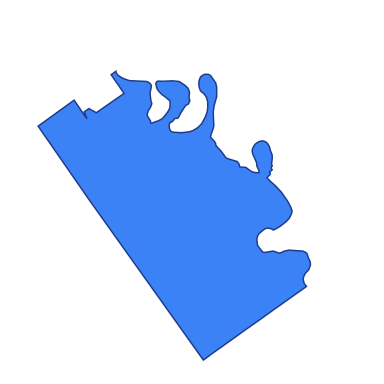 Chicot, Arkansas, United States of America (Albers equal-area conic projection), rotated 324°
{"feature_id": "52423323B43837481936937", "entity_name": "Chicot", "entity_type": "district", "adm_level": 2, "iso_a3": "USA", "parent_name": "United States of America", "parent_adm1": "Arkansas", "projection": "albers", "projection_center": [-91.16, 33.284], "detail": "fine", "context": "isolated", "style": "filled", "palette": "blue", "viewbox_px": 384, "rotation_deg": 324, "n_neighbors": 0, "source": "geoboundaries", "source_scale": "gbopen_adm2", "svg_char_len": 2916}
<svg xmlns="http://www.w3.org/2000/svg" viewBox="0 0 384 384"><g transform="rotate(324 192 192)"><path d="M186.5,335.2L229.1,335.7L229.0,332.0L230.7,327.7L233.3,325.7L236.1,324.3L239.3,323.9L241.4,323.1L245.0,320.6L246.5,318.2L247.4,313.9L248.7,309.8L248.8,309.1L248.4,307.5L246.9,304.9L236.1,295.9L231.4,293.9L229.1,293.6L226.7,292.7L225.9,292.0L225.4,290.8L222.7,287.3L216.2,284.2L214.4,282.9L214.0,282.3L213.9,281.5L213.6,275.6L213.7,273.6L216.5,268.7L217.4,267.6L219.3,266.1L221.5,265.1L227.6,264.6L231.0,265.0L231.6,265.3L234.7,268.5L235.2,270.2L235.8,270.7L238.9,271.2L243.9,271.6L251.4,271.2L255.6,270.3L260.4,267.6L261.8,266.1L262.8,263.3L263.1,261.5L263.7,257.8L264.0,254.8L264.2,245.0L263.1,235.9L261.8,229.9L261.0,224.5L263.5,224.0L264.8,224.0L266.2,223.2L266.4,222.9L266.4,221.5L267.0,221.0L268.6,221.4L270.0,221.1L269.9,219.7L270.9,218.2L272.2,218.2L272.9,216.0L277.1,211.5L278.7,208.9L279.9,204.3L281.0,201.6L281.5,199.3L281.6,196.8L281.0,194.6L279.7,192.6L277.9,191.3L275.1,190.5L271.6,190.4L269.2,191.1L266.7,192.4L265.5,193.4L264.4,194.8L263.4,197.3L261.6,205.7L261.1,207.0L259.7,209.2L258.8,213.8L257.8,215.6L257.4,215.6L254.8,213.7L252.9,211.6L251.3,208.0L250.1,204.0L249.6,203.3L245.4,200.0L246.5,196.8L246.5,194.0L240.2,185.6L239.6,184.1L239.6,176.5L238.7,169.2L238.8,168.2L239.5,166.9L239.9,165.1L239.3,158.7L239.5,158.1L240.2,157.4L246.6,153.0L248.7,151.1L254.5,142.2L256.8,139.1L261.3,134.6L268.0,129.4L273.6,121.6L275.3,117.7L275.5,109.2L275.4,108.7L274.6,106.7L272.5,104.9L271.3,104.2L268.3,103.8L266.9,103.9L265.2,104.7L263.2,106.0L261.0,108.7L259.8,110.6L258.8,113.2L258.4,115.2L258.5,116.2L259.4,119.3L259.4,123.5L257.7,128.3L254.3,133.0L251.5,136.0L247.3,138.9L239.9,142.5L234.3,143.3L229.0,142.9L226.6,142.2L224.4,141.3L218.3,137.8L212.5,133.1L211.1,131.5L210.7,130.6L210.6,129.3L210.8,128.0L212.3,125.2L213.4,123.8L214.8,123.1L218.0,123.4L221.2,122.4L223.4,123.7L224.7,123.8L230.2,121.1L237.0,118.5L238.2,118.3L240.6,118.7L243.7,117.1L244.3,116.1L244.3,115.4L245.1,113.9L248.4,110.1L249.5,107.3L249.7,104.9L249.0,101.6L246.6,95.1L241.7,90.7L232.8,84.8L231.6,83.8L230.0,82.5L228.5,82.0L226.5,82.9L225.1,85.9L224.3,88.3L224.4,92.0L225.0,95.7L226.6,100.5L227.7,105.5L224.3,110.1L222.4,111.6L220.1,112.7L216.8,113.8L211.6,115.1L210.2,115.1L207.1,114.7L199.5,112.5L199.2,111.6L199.9,110.8L200.2,109.9L200.6,104.8L201.0,103.2L204.6,100.3L205.9,100.1L207.9,99.2L210.9,97.3L211.7,96.4L212.1,94.7L214.7,89.8L216.4,87.1L219.1,84.7L220.7,83.0L221.8,81.9L221.9,79.9L221.2,77.4L220.0,75.7L207.9,66.0L206.3,64.5L203.3,60.0L201.8,57.0L200.8,54.0L200.7,51.7L201.1,50.0L201.4,49.6L195.5,49.6L195.0,72.3L161.2,71.6L157.6,63.9L152.0,63.8L150.0,71.1L150.6,48.4L106.2,48.3L104.2,138.0L102.4,334.6L105.4,334.7L113.0,334.5L117.4,334.6L138.7,334.8L157.2,334.9L158.6,335.0L160.1,335.0L160.6,335.0L161.7,335.0L166.2,335.1L178.1,335.2L186.5,335.2Z" fill="#3b82f6" stroke="#1e3a8a" stroke-width="1.5"/></g></svg>